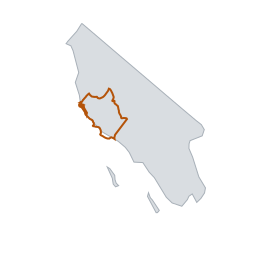 Stann Creek on a map of Belize (Albers equal-area conic projection), rotated 128°
{"feature_id": "BLZ-1355", "entity_name": "Stann Creek", "entity_type": "District", "adm_level": 1, "iso_a3": "BLZ", "parent_name": "Belize", "parent_adm1": "", "projection": "albers", "projection_center": [-88.471, 16.817], "detail": "fine", "context": "in_parent", "style": "outline", "palette": "amber", "viewbox_px": 256, "rotation_deg": 128, "n_neighbors": 0, "source": "natural_earth", "source_scale": "10m", "svg_char_len": 2973}
<svg xmlns="http://www.w3.org/2000/svg" viewBox="0 0 256 256"><g transform="rotate(128 128 128)"><path d="M80.2,79.0L80.2,72.3L82.3,66.9L88.5,64.7L96.5,69.4L99.8,71.3L102.8,70.2L106.6,67.4L111.2,59.1L122.9,42.1L127.5,30.1L132.1,27.7L138.6,27.2L144.3,28.0L140.4,36.8L144.3,38.0L147.9,37.1L156.5,37.4L159.9,47.1L159.0,55.2L150.9,76.7L149.8,84.0L146.1,95.0L151.2,102.3L146.5,111.9L144.9,118.2L144.5,127.5L146.9,145.3L143.1,171.0L136.3,182.2L132.1,186.5L124.5,197.6L114.6,201.0L100.9,218.9L98.4,223.6L99.7,228.7L96.5,228.8L83.3,227.9L74.4,228.8L74.0,228.3L74.8,209.0L76.1,179.1L77.0,157.2L77.9,135.8L78.6,119.7L79.5,97.9L80.2,79.0ZM169.9,70.5L166.4,72.0L169.2,67.5L169.7,64.6L173.7,52.6L176.6,52.7L177.4,53.7L169.9,70.5ZM177.2,109.5L171.5,120.4L171.2,117.3L173.5,109.3L176.7,106.4L178.7,103.4L179.2,99.9L182.0,101.6L181.3,105.1L177.2,109.5Z" fill="#d9dde1" stroke="#a8b0b8" stroke-width="1"/><path d="M144.9,131.9L144.9,132.6L145.3,134.4L145.6,135.4L146.3,135.8L147.9,136.3L148.8,137.5L149.4,139.0L149.8,140.7L150.0,143.1L150.4,145.0L150.2,145.9L149.8,146.1L149.1,146.1L148.4,146.4L147.6,147.1L146.5,148.3L145.7,149.7L145.3,150.9L145.7,152.3L147.1,154.6L147.4,156.0L147.5,156.0L147.8,156.2L148.0,156.5L147.9,157.0L147.6,157.1L146.7,156.9L146.3,157.0L145.4,157.8L145.0,158.2L144.9,158.9L144.7,159.3L144.3,159.7L144.0,160.2L143.8,161.0L143.9,162.0L144.2,163.2L144.3,163.9L143.6,169.5L143.2,170.3L142.5,171.0L141.8,172.0L140.9,175.1L140.5,176.1L140.3,177.5L140.8,179.4L140.5,180.2L139.9,180.8L139.4,180.9L139.2,179.7L141.5,170.8L142.8,169.5L143.3,168.7L141.3,169.7L139.3,174.8L137.7,176.7L138.2,176.8L139.2,177.3L138.7,177.6L138.3,177.7L137.8,177.6L137.2,177.3L137.3,178.0L137.5,178.3L137.9,178.4L138.7,178.4L138.7,178.9L137.9,179.4L137.3,180.2L137.2,181.1L137.4,181.5L136.5,181.2L136.3,180.6L136.0,180.5L135.3,180.5L133.7,180.7L133.4,180.7L133.0,180.6L132.2,180.6L131.9,180.6L129.0,180.4L128.8,180.5L128.3,180.5L125.3,180.1L124.8,179.9L124.9,179.5L125.1,179.3L125.2,179.0L125.3,178.7L125.4,177.2L125.5,176.7L125.5,176.4L125.5,176.1L125.4,175.7L125.1,175.2L124.9,174.9L124.7,174.5L124.5,174.2L124.4,173.9L124.1,173.6L123.9,173.2L123.0,172.2L122.6,171.8L122.6,171.4L122.9,170.7L122.9,170.3L122.9,170.0L122.7,169.7L122.5,169.0L122.3,168.7L121.9,168.3L119.3,166.9L118.2,166.6L116.5,166.4L110.9,166.6L108.8,167.3L108.5,166.3L108.5,165.9L109.0,164.4L109.7,162.9L110.2,161.8L112.2,158.6L112.6,158.2L113.0,158.0L114.4,157.5L115.8,157.3L116.1,157.2L116.3,157.0L116.3,156.7L116.1,156.4L115.1,155.7L115.0,155.4L115.1,155.2L115.6,154.8L116.3,154.4L116.5,154.2L116.8,153.6L116.9,153.2L116.8,152.3L116.8,151.9L117.0,150.8L117.0,150.4L116.9,150.0L116.9,149.7L117.1,149.3L119.3,146.8L119.8,146.0L120.2,145.6L121.0,145.0L121.5,144.3L122.0,143.4L122.4,142.2L123.2,140.6L123.4,140.3L123.9,140.0L124.2,139.6L124.2,139.0L123.7,138.4L122.7,137.5L121.6,135.8L121.3,135.1L121.6,134.3L141.3,134.0L142.0,133.7L142.4,133.5L143.9,132.9L144.9,131.9Z" fill="none" stroke="#b45309" stroke-width="2"/></g></svg>